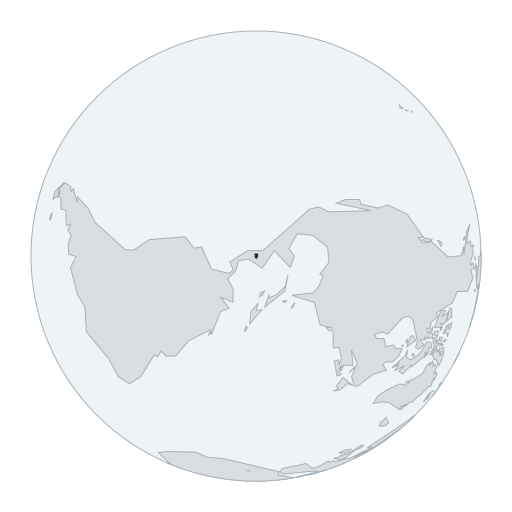 the Earth from above Boaco, rotated 118°
{"feature_id": "NIC-668", "entity_name": "Boaco", "entity_type": "Department", "adm_level": 1, "iso_a3": "NIC", "parent_name": "Nicaragua", "parent_adm1": "", "projection": "orthographic", "projection_center": [-85.423, 12.417], "detail": "fine", "context": "on_globe", "style": "filled", "palette": "slate", "viewbox_px": 512, "rotation_deg": 118, "n_neighbors": 0, "source": "natural_earth", "source_scale": "10m", "svg_char_len": 8659}
<svg xmlns="http://www.w3.org/2000/svg" viewBox="0 0 512 512"><g transform="rotate(118 256 256)"><circle cx="256" cy="256" r="225" fill="#eef3f6" stroke="#a8b0b8"/><path d="M284.1,271.7L278.7,269.4L273.7,276.3L255.1,265.8L248.1,252.5L189.6,230.7L183.3,223.7L182.9,212.6L162.1,176.0L171.7,210.1L163.9,203.2L157.4,190.9L160.9,188.1L156.3,170.5L149.1,163.6L148.0,142.4L160.9,117.0L163.4,121.1L166.2,115.2L163.3,110.0L160.8,108.2L166.7,86.1L159.5,75.0L150.2,77.1L157.7,72.8L135.5,81.5L127.1,82.3L140.9,78.2L145.6,75.5L142.1,73.9L146.2,70.9L146.8,68.7L152.0,65.4L159.7,64.1L163.2,62.2L160.4,61.3L163.9,58.1L167.4,59.5L173.9,54.2L187.8,52.5L192.9,61.7L204.9,60.5L221.5,70.0L224.3,67.3L232.3,70.2L238.5,68.5L239.8,71.4L243.7,67.6L241.3,65.3L242.2,63.1L245.6,62.0L247.9,65.3L246.5,66.3L249.0,66.8L248.6,69.0L250.7,67.4L253.1,71.9L255.9,66.1L262.0,68.6L262.2,72.1L255.5,73.4L239.2,87.0L237.3,92.2L241.3,97.4L263.1,103.1L263.7,108.6L269.6,114.7L272.3,110.5L268.7,104.4L275.2,98.9L270.0,92.7L271.9,89.8L269.3,83.5L276.9,82.9L285.7,86.0L288.3,91.5L292.2,93.3L295.7,87.2L306.0,97.5L322.7,104.8L324.6,108.1L317.8,114.9L303.0,116.2L294.1,127.7L307.2,119.0L311.7,128.4L315.5,129.7L319.5,128.9L320.7,125.0L323.8,128.3L312.0,137.4L309.0,134.5L312.8,131.5L305.9,132.5L298.0,139.9L300.9,144.7L285.9,152.9L287.8,156.7L285.6,161.0L283.5,154.2L286.9,166.9L269.7,182.5L273.9,206.0L261.8,188.2L252.7,186.4L241.8,187.2L242.3,191.0L227.3,188.6L214.6,196.9L211.1,215.7L217.2,230.1L233.8,230.4L238.2,222.2L250.0,220.3L242.7,242.3L263.6,244.8L262.2,261.1L268.5,269.4L278.6,266.8L289.3,270.3L296.3,260.4L308.0,254.6L308.8,267.8L314.8,255.3L321.6,261.2L344.4,258.7L342.8,261.9L362.1,275.5L382.0,279.9L386.6,288.8L384.3,295.0L391.0,295.7L391.0,299.5L416.3,301.0L428.3,307.8L427.2,321.0L415.8,338.0L402.4,370.3L381.2,383.3L373.7,395.7L353.4,414.3L340.9,414.6L342.3,422.1L333.6,427.5L324.8,428.7L321.5,434.1L314.9,434.8L318.1,437.9L305.1,445.3L306.0,450.3L296.0,455.8L296.9,458.5L293.9,458.5L290.2,459.8L289.1,461.3L281.1,459.1L281.4,452.7L286.1,449.2L282.3,448.8L292.6,439.2L287.6,441.3L292.8,426.7L302.0,413.6L311.8,374.4L307.9,366.5L291.6,357.9L272.3,327.6L278.2,314.4L273.6,308.3L288.4,289.1L284.1,271.7ZM55.4,200.2L56.9,195.0L57.3,198.6L55.4,200.2ZM56.9,191.7L56.6,193.5L56.7,191.9L56.9,191.7ZM56.5,190.5L56.8,191.4L56.2,190.8L56.5,190.5ZM55.6,189.5L56.2,189.8L55.6,189.5ZM273.4,214.1L297.2,224.3L284.3,226.4L286.6,224.2L280.4,219.7L269.2,215.9L257.6,218.9L273.4,214.1ZM55.0,186.4L54.9,185.4L55.6,185.2L55.0,186.4ZM282.7,200.5L278.6,199.8L282.5,199.5L282.7,200.5ZM159.0,108.0L162.9,110.3L163.9,116.5L160.2,114.7L159.0,108.0ZM157.5,97.5L160.5,97.3L157.0,102.9L156.4,101.3L157.5,97.5ZM142.7,79.8L145.1,80.5L141.4,80.9L142.7,79.8ZM146.0,69.0L144.0,69.9L145.2,68.4L146.0,69.0ZM265.3,84.4L267.3,84.0L266.8,85.3L265.3,84.4ZM262.3,82.2L260.3,84.1L258.6,83.3L259.9,82.2L262.3,82.2ZM154.2,62.3L156.7,60.0L155.5,62.0L154.2,62.3ZM265.2,80.1L255.8,81.8L252.8,80.6L255.3,75.3L265.2,80.1ZM159.0,58.5L164.9,53.7L161.0,55.0L175.4,49.3L165.6,54.9L164.7,56.9L162.5,56.9L159.0,58.5ZM239.1,65.1L241.7,67.5L236.3,66.6L239.1,65.1ZM235.4,65.2L217.4,66.9L215.2,63.4L221.6,63.3L216.2,60.0L223.9,57.3L228.6,58.6L228.6,61.2L231.6,58.3L235.4,65.2ZM182.4,47.2L184.9,46.1L183.7,47.1L182.4,47.2ZM242.1,62.1L238.7,62.6L236.5,59.5L242.9,58.0L241.6,59.4L242.1,62.1ZM211.0,60.6L210.5,58.4L216.6,55.5L217.2,54.3L223.9,57.0L211.0,60.6ZM243.8,59.6L246.3,57.4L250.4,58.1L245.3,61.5L243.8,59.6ZM233.2,59.4L232.5,57.9L235.0,58.2L233.2,59.4ZM266.6,59.9L262.6,60.1L261.1,58.4L266.6,59.9ZM246.9,56.6L245.5,56.4L244.4,55.9L246.9,54.7L246.9,56.6ZM227.7,55.0L230.4,54.4L225.3,53.7L229.7,51.9L233.3,54.2L233.6,52.4L234.9,51.9L236.4,54.4L227.7,55.0ZM246.2,52.0L252.3,54.9L260.2,54.7L261.7,56.1L248.8,56.2L246.2,52.0ZM240.3,53.2L244.3,52.7L244.2,54.4L241.4,55.8L240.3,53.2ZM231.3,50.0L223.7,52.2L223.1,51.6L231.3,50.0ZM248.5,51.6L246.9,51.0L249.0,51.4L248.5,51.6ZM236.6,50.0L234.0,50.7L233.4,50.1L236.6,50.0ZM246.1,49.2L248.0,50.0L246.2,50.9L246.1,49.2ZM241.8,49.3L241.6,48.3L244.4,50.7L240.7,49.7L241.8,49.3ZM236.5,49.3L235.4,49.1L237.7,49.1L236.5,49.3ZM251.8,45.9L255.7,48.8L251.7,50.5L248.5,47.3L251.8,45.9ZM293.8,463.7L281.4,460.1L288.7,461.7L295.5,459.0L301.3,461.8L293.8,463.7ZM313.1,456.3L319.9,454.4L321.1,455.0L316.6,456.5L313.1,456.3ZM415.5,96.9L411.5,93.4L416.2,98.1L420.3,101.9L425.2,107.3L416.6,99.6L420.5,106.7L435.4,129.1L435.6,133.6L431.3,133.0L415.8,114.4L417.1,106.7L411.7,101.1L402.8,95.9L404.0,94.3L400.5,91.6L400.2,88.9L391.3,80.0L389.7,77.3L378.0,69.4L375.6,67.3L383.2,72.3L387.6,74.8L382.5,69.7L379.2,67.4L372.0,63.0L371.5,62.6L365.3,59.1L361.2,56.8L375.9,65.3L389.8,74.8L403.1,85.3L415.5,96.9ZM359.2,55.7L361.5,57.3L353.2,53.3L344.6,49.2L342.4,48.5L356.4,55.3L361.5,57.9L364.9,59.4L379.2,68.1L382.7,71.0L369.9,64.0L373.4,67.8L361.9,61.6L331.2,45.3L322.6,41.5L324.8,41.5L333.7,44.5L334.4,44.8L335.8,45.3L359.2,55.7ZM249.7,30.8L247.9,30.9L245.4,31.0L249.7,30.8ZM208.3,35.8L189.4,41.3L183.5,43.2L176.9,46.5L177.6,46.5L181.6,45.1L175.4,49.3L161.0,55.0L160.2,54.7L151.8,59.1L151.0,58.0L146.4,59.7L150.5,57.0L148.8,57.9L154.9,54.7L158.5,53.1L155.9,54.2L172.9,46.6L190.3,40.5L208.3,35.8ZM480.5,237.3L479.9,232.2L479.8,233.6L475.3,249.8L470.7,243.2L457.7,217.8L456.3,203.9L450.4,190.5L435.7,134.6L438.9,133.9L434.4,119.2L435.0,119.5L442.3,129.6L443.2,130.7L451.8,144.6L459.3,159.0L465.8,174.0L471.2,189.4L475.5,205.1L478.6,221.1L480.5,237.3ZM448.1,159.6L450.2,163.7L448.1,159.6ZM345.1,258.5L347.9,260.8L344.3,261.2L345.1,258.5ZM282.8,231.9L287.7,232.0L290.4,233.9L286.7,234.8L282.8,231.9ZM323.2,229.7L328.6,230.5L323.1,232.0L323.2,229.7ZM300.9,225.6L318.8,229.7L308.0,234.3L296.7,231.9L304.3,230.3L300.9,225.6ZM281.0,208.2L284.1,209.0L283.4,211.5L281.0,208.2ZM285.5,200.4L284.3,200.6L282.7,198.7L285.5,200.4ZM312.4,127.8L313.4,127.2L317.7,127.2L316.0,128.9L312.4,127.8ZM334.3,118.5L338.7,124.1L334.4,121.0L333.0,124.1L322.2,121.9L325.0,109.7L325.6,115.4L334.3,118.5ZM308.5,116.6L315.1,118.8L307.8,116.9L308.5,116.6ZM381.9,81.3L384.6,81.8L388.8,85.3L390.8,90.6L384.7,85.3L381.9,81.3ZM387.3,81.8L374.0,74.4L372.2,71.5L375.5,74.2L375.6,73.0L380.9,77.3L392.2,82.4L396.7,86.0L398.0,92.6L395.1,88.2L392.7,87.8L387.3,81.8ZM343.2,66.9L337.4,65.3L341.0,60.6L346.0,62.8L348.4,67.6L343.8,68.1L343.2,66.9ZM271.3,71.1L268.9,72.0L268.2,70.9L269.8,69.3L271.3,71.1ZM264.8,60.1L281.3,66.7L279.4,67.8L291.4,71.1L290.9,75.7L283.1,73.2L291.8,79.6L284.5,79.2L291.0,83.4L273.7,77.5L267.6,78.0L274.6,75.6L275.2,71.3L273.7,69.6L264.6,65.4L251.7,64.9L250.3,61.2L252.7,58.7L255.6,58.2L255.6,60.7L259.4,58.3L261.7,61.6L264.8,60.1ZM281.8,40.4L280.6,41.9L288.7,40.6L290.9,42.7L291.7,42.4L296.1,44.1L302.7,45.9L302.7,46.9L305.3,47.2L308.2,48.6L311.7,49.5L313.1,51.8L317.5,53.2L315.6,53.6L322.9,55.5L318.1,55.2L321.4,57.4L324.3,56.5L322.9,69.9L326.0,76.9L331.2,83.2L322.3,82.6L311.7,76.8L301.6,69.2L299.8,63.0L296.1,64.3L294.2,61.8L297.9,61.9L291.0,60.4L290.4,58.5L281.4,53.8L271.8,53.6L268.3,52.2L271.8,51.3L265.8,50.6L270.0,48.1L267.6,47.2L269.3,44.2L277.4,43.6L274.1,42.7L275.2,40.8L281.8,40.4ZM252.6,45.0L261.8,43.1L267.6,43.5L262.2,48.7L263.8,49.9L260.6,53.9L252.3,53.4L254.0,52.2L253.7,51.0L256.4,51.6L254.0,50.3L256.2,48.7L255.0,47.4L258.3,47.0L252.6,45.0ZM433.0,116.6L431.5,114.9L431.2,114.4L430.6,113.6L433.0,116.6ZM425.8,109.5L424.9,108.1L429.9,113.7L430.3,114.5L425.8,109.5ZM420.2,103.0L424.5,107.6L422.3,105.6L420.2,103.0ZM381.9,71.1L380.5,69.7L382.0,70.6L384.7,72.6L381.9,71.1ZM306.2,39.4L304.6,39.6L303.1,39.2L296.3,38.7L294.0,37.5L297.3,37.4L306.2,39.4ZM302.6,38.0L300.0,37.8L300.5,37.4L302.6,38.0ZM292.0,36.7L291.9,36.0L292.9,37.3L292.0,36.7ZM297.4,34.5L292.5,33.7L279.8,32.0L281.0,32.1L297.4,34.5ZM252.0,30.8L250.6,30.9L247.7,30.9L252.0,30.8ZM253.6,30.8L258.2,31.0L255.2,31.2L252.1,30.9L253.6,30.8ZM280.9,33.2L284.6,33.6L284.1,33.8L280.9,33.2ZM183.4,46.3L184.8,46.1L182.3,46.9L183.4,46.3ZM210.2,35.4L209.8,35.6L206.9,36.2L210.2,35.4ZM207.3,36.5L210.9,35.6L207.8,36.5L207.3,36.5ZM218.7,34.0L212.7,35.3L217.4,34.1L218.7,34.0Z" fill="#d9dde1" stroke="#a8b0b8" stroke-width="1"/><path d="M256.1,254.7L256.2,254.8L256.4,254.9L256.5,254.9L256.5,255.0L256.8,255.2L257.0,255.1L257.0,254.9L257.1,254.7L257.3,254.5L257.5,254.6L257.6,254.8L257.7,255.0L257.5,255.4L257.5,255.5L257.4,255.8L257.2,256.0L256.8,256.2L256.7,256.2L256.4,256.3L256.1,256.3L255.9,256.3L255.7,256.3L255.4,256.4L255.4,256.5L255.3,256.8L255.2,256.9L255.2,257.0L255.1,257.5L254.8,257.5L254.6,257.2L254.4,257.1L254.4,256.9L254.4,256.7L254.1,256.3L254.1,256.2L253.9,255.9L253.9,255.7L254.0,255.5L254.2,255.4L254.3,255.2L255.0,255.1L255.3,255.0L255.5,255.0L255.6,254.9L255.8,254.9L256.0,254.8L256.0,254.7L256.1,254.7Z" fill="#64748b" stroke="#1e293b" stroke-width="1.5"/></g></svg>